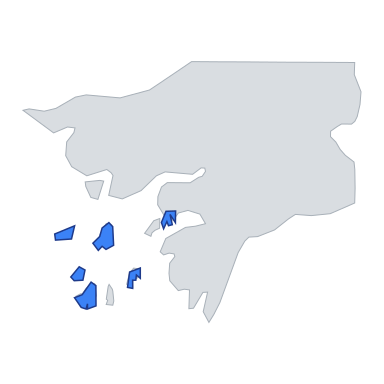 Bolama on a map of Guinea-Bissau (Equal Earth projection)
{"feature_id": "GNB-770", "entity_name": "Bolama", "entity_type": "Region", "adm_level": 1, "iso_a3": "GNB", "parent_name": "Guinea-Bissau", "parent_adm1": "", "projection": "equal_earth", "projection_center": [-15.897, 11.361], "detail": "coarse", "context": "in_parent", "style": "filled", "palette": "blue", "viewbox_px": 384, "rotation_deg": 0, "n_neighbors": 0, "source": "natural_earth", "source_scale": "10m", "svg_char_len": 2592}
<svg xmlns="http://www.w3.org/2000/svg" viewBox="0 0 384 384"><path d="M23.0,110.3L29.1,108.9L44.2,111.2L55.9,108.4L64.2,103.6L75.4,97.1L86.2,94.9L120.1,97.9L149.5,90.0L171.4,75.3L191.6,61.6L217.8,61.8L245.8,61.9L285.8,62.2L317.4,62.3L354.7,62.5L354.3,74.7L361.0,91.8L360.0,104.5L357.2,116.6L354.8,121.4L351.5,124.1L341.5,124.0L337.3,126.5L330.6,131.2L330.5,136.7L335.8,142.0L340.2,149.5L345.3,155.3L354.0,162.0L354.8,169.4L355.1,188.3L354.7,203.0L330.2,213.7L311.3,215.6L295.4,214.4L288.5,218.9L274.6,229.9L257.6,236.6L248.9,237.1L244.8,241.1L238.2,252.5L219.9,302.5L213.8,314.5L208.9,322.4L203.2,311.7L207.6,292.1L202.9,292.4L193.5,308.2L188.9,308.7L189.5,289.9L184.3,289.2L178.3,290.6L169.8,280.8L169.0,273.4L169.7,263.2L174.8,256.6L174.1,253.9L169.1,253.1L163.6,254.9L160.2,251.8L165.8,238.5L185.5,227.4L195.4,226.2L205.5,223.7L199.9,214.1L187.9,210.4L178.3,213.0L173.5,219.9L167.6,221.1L157.7,204.8L157.9,196.6L161.5,187.0L167.3,182.6L190.1,182.8L198.7,177.3L202.2,176.3L205.5,171.4L204.8,168.1L201.1,167.9L192.6,174.3L165.1,171.9L156.4,175.8L141.1,190.6L122.3,198.9L108.7,195.4L113.0,175.5L111.1,172.7L106.8,169.5L86.8,175.8L71.7,166.7L65.7,155.7L66.7,141.9L73.9,132.6L75.0,127.9L67.5,127.0L53.6,132.9L23.0,110.3ZM89.4,304.5L80.5,306.7L76.4,299.2L75.8,296.3L80.5,293.8L82.6,293.7L86.1,288.3L90.5,284.7L92.5,283.5L94.7,283.8L96.3,295.7L94.1,300.8L89.4,304.5ZM113.1,243.5L107.9,248.2L102.5,246.0L99.6,241.8L100.1,234.3L106.2,223.6L111.6,225.0L113.1,243.5ZM103.7,181.1L97.9,199.4L90.8,197.4L85.8,186.5L85.2,181.9L99.8,180.4L103.7,181.1ZM132.8,281.0L132.8,287.2L128.1,286.0L126.7,284.2L129.5,273.1L133.7,268.1L138.8,268.9L140.3,270.4L139.3,274.7L137.1,278.2L132.8,281.0ZM152.0,232.8L150.9,236.3L144.6,233.3L153.8,220.7L159.8,218.5L159.6,228.2L155.0,230.3L152.0,232.8ZM113.8,301.0L112.8,305.2L106.2,304.5L107.7,300.3L106.3,299.1L108.2,286.4L109.1,284.4L112.3,289.2L112.8,291.1L113.8,301.0Z" fill="#d9dde1" stroke="#a8b0b8" stroke-width="1"/><path d="M95.9,285.6L96.0,305.9L87.5,309.0L87.5,303.8L86.0,309.0L81.2,307.4L74.5,297.7L82.2,294.7L91.1,282.1L95.9,285.6ZM99.7,236.5L102.1,228.0L108.9,222.6L112.7,226.6L113.6,245.3L106.0,249.4L102.1,246.3L98.3,250.4L92.9,243.2L99.7,236.5ZM71.5,239.0L55.5,240.1L54.7,234.0L74.6,225.8L71.5,239.0ZM140.3,268.0L140.3,278.3L136.4,275.0L135.8,280.2L132.6,280.2L132.7,288.4L127.5,287.4L129.6,272.0L140.3,268.0ZM175.6,211.0L175.4,222.6L170.0,214.4L172.3,224.7L168.5,225.7L166.9,221.6L163.6,228.8L161.4,222.5L166.0,211.3L175.6,211.0ZM82.9,280.2L74.2,280.7L70.8,277.0L79.2,266.8L85.0,270.0L82.9,280.2Z" fill="#3b82f6" stroke="#1e3a8a" stroke-width="1.5"/></svg>